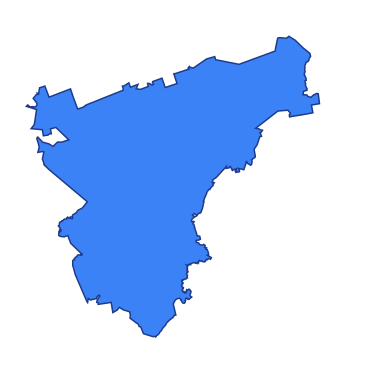 outline of Launkalnes pag., Smiltenes, Latvia, rotated 168°
{"feature_id": "27541924B40793985914328", "entity_name": "Launkalnes pag.", "entity_type": "district", "adm_level": 2, "iso_a3": "LVA", "parent_name": "Latvia", "parent_adm1": "Smiltenes", "projection": "orthographic", "projection_center": [25.917, 57.363], "detail": "fine", "context": "isolated", "style": "filled", "palette": "blue", "viewbox_px": 384, "rotation_deg": 168, "n_neighbors": 0, "source": "geoboundaries", "source_scale": "gbopen_adm2", "svg_char_len": 6036}
<svg xmlns="http://www.w3.org/2000/svg" viewBox="0 0 384 384"><g transform="rotate(168 192 192)"><path d="M257.6,57.8L256.1,59.1L254.9,59.4L253.2,60.8L252.3,62.0L251.2,62.4L248.8,65.0L245.3,67.5L244.2,69.1L240.4,71.5L236.6,73.3L234.8,75.1L233.4,75.0L233.6,86.4L230.9,89.7L229.0,90.7L226.5,90.7L225.0,89.1L225.4,88.5L224.2,85.5L222.9,84.7L221.8,85.3L221.3,86.4L221.4,87.2L220.7,87.4L220.2,89.3L218.5,89.0L218.3,87.9L217.3,87.6L214.1,89.3L215.2,90.5L215.4,91.2L215.0,92.7L214.6,92.9L213.6,94.9L214.0,96.0L214.9,96.9L214.7,97.3L215.5,97.6L215.9,97.2L217.1,97.2L217.5,97.6L217.9,97.0L217.7,96.4L218.8,95.6L218.3,95.2L218.4,94.8L219.8,94.5L220.1,94.9L220.1,95.7L220.5,96.3L221.3,95.8L221.6,96.2L221.7,96.6L221.6,97.2L222.0,97.4L222.0,98.2L221.6,99.0L220.8,99.1L220.8,99.5L220.3,100.0L220.3,100.4L221.7,101.6L221.5,102.1L221.7,102.6L221.1,103.1L220.8,103.9L220.2,103.9L219.7,104.6L219.7,105.1L220.4,105.2L220.2,106.7L219.7,107.2L220.4,107.4L220.4,107.7L218.9,108.2L218.2,107.9L217.7,108.3L216.1,108.1L215.4,108.8L214.3,109.0L214.5,109.5L214.2,110.1L214.2,110.9L213.7,111.5L214.2,112.0L214.2,113.6L213.0,114.2L213.3,115.0L212.8,114.5L212.5,115.0L212.8,115.1L212.7,115.5L213.3,115.7L213.2,116.6L212.7,117.0L212.9,117.5L212.5,117.6L212.3,118.1L212.6,118.8L212.5,119.4L212.0,119.7L212.3,120.1L212.0,120.7L212.4,121.5L211.6,121.0L211.6,121.4L211.0,121.7L210.4,121.4L209.9,121.8L209.4,121.3L209.1,121.6L209.2,121.9L208.8,122.0L208.5,121.9L208.7,121.7L208.3,121.3L207.8,122.2L205.1,122.6L203.4,121.7L203.3,122.0L202.8,121.9L202.2,121.3L202.1,121.7L201.7,121.8L201.6,121.3L201.0,122.1L200.6,121.6L200.6,121.9L200.3,121.9L200.3,122.3L199.7,122.5L199.7,123.1L199.0,123.6L197.9,122.6L197.0,122.5L196.4,121.8L194.2,121.0L193.3,121.4L193.1,121.7L193.4,121.8L192.7,122.1L191.9,123.2L190.9,122.6L190.7,123.0L189.2,123.4L187.9,122.3L186.7,123.8L190.1,126.9L188.9,126.9L188.6,129.0L189.1,132.6L190.3,133.2L189.4,134.3L191.1,135.1L190.2,136.8L191.3,138.3L192.1,137.8L195.2,138.7L196.3,141.0L198.3,141.9L198.1,143.8L195.4,143.6L193.6,144.0L193.6,147.0L195.6,148.1L196.1,148.1L196.2,151.0L196.9,156.3L196.7,156.3L196.9,159.8L197.6,160.5L197.3,161.7L196.9,162.2L196.5,162.0L196.1,162.5L196.5,162.9L197.3,162.5L198.7,163.4L197.4,165.7L193.9,167.3L196.5,168.8L196.0,169.6L194.4,170.5L192.6,168.7L192.3,167.8L189.7,169.9L188.6,169.6L187.2,170.5L186.9,171.1L187.0,171.2L185.5,173.2L182.1,180.6L182.3,181.2L182.5,181.2L178.0,187.5L178.0,188.1L174.9,191.1L174.1,190.7L172.5,192.4L170.0,194.0L170.1,195.5L169.1,195.5L168.3,196.5L170.3,197.5L169.4,198.5L169.1,199.6L165.2,201.2L153.0,209.9L153.5,207.9L150.6,208.0L150.2,208.8L149.6,209.1L148.9,208.6L148.9,207.4L148.2,206.5L148.3,205.0L147.9,204.6L147.1,205.1L143.7,205.5L144.3,204.1L145.3,203.6L144.8,203.1L145.1,202.7L144.9,202.0L143.7,202.3L143.1,201.9L141.7,201.9L141.2,202.3L141.2,203.5L141.6,205.4L136.7,203.0L132.8,209.5L132.6,211.1L131.4,208.1L129.0,206.0L128.4,206.4L127.7,207.0L127.6,207.6L126.9,209.0L127.0,211.1L126.1,211.2L125.8,211.9L123.6,212.5L122.8,213.1L122.6,214.4L122.4,220.9L118.6,224.5L114.2,232.0L112.4,232.0L112.7,234.2L113.3,235.4L113.2,235.8L112.9,236.2L112.0,236.0L110.2,237.7L112.1,238.6L113.4,239.8L116.4,241.1L91.2,253.3L81.2,252.1L79.6,249.0L79.6,247.8L80.6,247.6L80.8,247.0L80.8,246.2L81.0,246.0L80.7,245.0L78.9,245.2L67.7,244.6L57.3,244.3L57.1,252.2L48.9,251.9L48.1,262.0L50.0,262.5L52.3,261.6L52.7,261.8L55.9,259.9L58.7,261.3L59.5,263.1L63.1,264.0L62.1,267.2L58.4,267.6L58.7,268.6L58.0,269.0L58.7,271.7L58.6,272.8L58.9,273.1L58.3,274.5L58.5,276.7L58.4,277.2L57.7,277.6L57.1,277.5L56.8,279.3L57.3,282.0L57.8,282.5L57.4,283.6L57.7,284.4L56.3,286.1L56.4,288.3L55.7,289.9L55.2,292.7L54.1,293.7L53.6,295.1L52.2,295.3L50.4,296.2L49.8,298.0L47.8,300.0L47.8,303.0L53.4,309.9L59.5,319.0L64.9,324.2L67.0,323.0L68.7,323.0L73.5,324.6L75.7,324.9L76.3,324.4L80.1,315.9L81.3,312.6L119.5,307.1L141.4,316.5L141.6,319.7L150.1,319.1L165.1,312.9L167.4,314.3L168.5,314.5L168.6,315.3L169.8,314.4L169.7,313.9L170.1,313.4L169.4,312.9L183.7,311.3L185.1,311.5L185.2,311.3L184.1,301.2L196.5,299.8L197.7,309.6L207.5,308.2L207.9,307.5L207.3,305.2L209.0,304.9L209.7,305.9L211.7,307.3L212.9,307.4L212.9,304.3L221.0,303.1L225.1,304.5L222.5,308.5L230.4,307.3L231.1,311.9L236.7,309.8L238.1,310.0L237.8,308.1L238.1,305.9L275.5,299.5L278.7,298.7L278.9,298.1L282.1,297.4L286.6,297.0L288.5,310.0L289.4,318.1L312.1,314.5L313.9,326.2L319.5,325.6L321.6,319.9L322.8,320.9L322.7,319.6L323.8,319.8L327.9,316.6L325.5,311.7L325.3,309.6L326.7,308.3L328.2,307.8L329.8,308.6L332.6,308.8L334.6,311.3L336.2,310.2L326.9,305.0L331.9,291.6L332.5,290.5L336.2,287.4L325.4,284.0L325.7,277.9L321.0,277.6L319.2,278.6L317.5,278.2L317.3,283.2L311.7,283.4L301.7,268.6L309.3,267.9L313.1,268.8L318.5,265.5L321.9,268.8L326.8,271.4L327.5,271.4L331.4,277.8L332.7,276.8L332.2,271.1L332.2,267.5L334.5,262.8L329.6,262.6L328.6,262.0L331.5,255.4L330.8,250.7L331.1,250.3L330.7,249.6L331.0,249.3L326.9,243.3L296.4,204.2L302.7,199.1L307.3,197.9L309.6,195.8L313.1,194.6L314.0,193.6L314.2,191.2L314.8,190.8L316.2,191.6L315.7,192.8L316.5,192.8L317.7,191.9L318.8,193.3L320.0,192.7L320.2,191.6L322.3,192.0L323.4,191.6L324.2,190.8L325.2,190.9L325.4,190.3L327.3,190.1L328.2,189.1L328.8,187.0L329.6,186.7L329.4,186.5L329.5,186.1L329.0,185.3L329.1,184.7L328.5,184.2L328.5,182.9L329.4,182.6L329.4,182.2L328.0,181.9L328.6,180.9L330.1,181.3L330.5,180.8L330.1,179.9L330.7,179.9L331.4,177.3L330.2,176.0L326.3,174.7L322.5,175.2L321.9,170.7L321.6,169.7L321.4,167.2L313.3,155.1L312.3,154.0L312.5,153.5L314.0,154.1L314.3,153.9L314.2,153.4L316.3,154.2L317.5,153.8L317.9,152.6L319.1,152.6L321.0,151.4L321.0,150.1L322.3,150.2L323.0,149.5L323.9,144.9L323.3,135.2L317.6,106.7L317.1,105.6L315.6,109.4L313.9,107.5L308.8,107.6L307.7,107.8L306.6,109.3L305.0,110.3L304.0,110.3L303.7,109.4L307.2,106.2L308.1,103.8L307.0,103.6L306.9,102.2L307.1,101.6L294.0,100.8L294.5,90.5L289.8,92.0L287.1,94.3L283.7,91.0L277.9,87.8L277.9,84.1L278.9,81.5L273.4,75.2L272.1,74.1L271.6,71.3L270.2,70.8L268.9,63.5L260.4,58.7L257.8,58.3L257.6,57.8Z" fill="#3b82f6" stroke="#1e3a8a" stroke-width="1.5"/></g></svg>